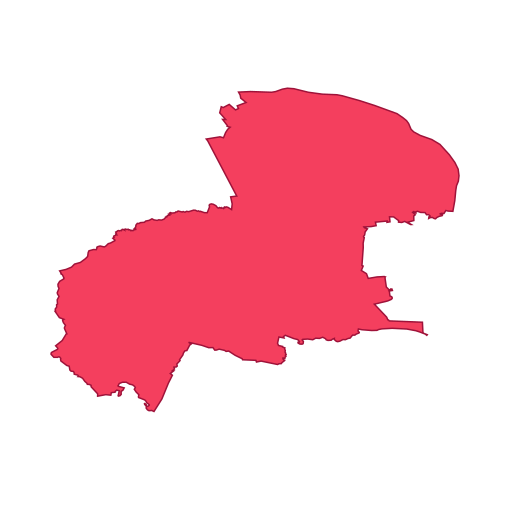 Krāslavas pag., Kraslavas, Latvia (Robinson projection), rotated 195°
{"feature_id": "27541924B24537729982131", "entity_name": "Krāslavas pag.", "entity_type": "district", "adm_level": 2, "iso_a3": "LVA", "parent_name": "Latvia", "parent_adm1": "Kraslavas", "projection": "robinson", "projection_center": [27.246, 55.909], "detail": "fine", "context": "isolated", "style": "filled", "palette": "rose", "viewbox_px": 512, "rotation_deg": 195, "n_neighbors": 0, "source": "geoboundaries", "source_scale": "gbopen_adm2", "svg_char_len": 6056}
<svg xmlns="http://www.w3.org/2000/svg" viewBox="0 0 512 512"><g transform="rotate(195 256 256)"><path d="M411.9,220.8L414.6,220.2L418.7,217.8L419.0,216.0L418.5,212.0L420.1,209.2L424.0,204.3L429.2,201.2L431.3,197.5L436.0,193.9L441.8,190.8L439.6,188.8L439.8,188.3L438.2,187.8L435.8,185.1L436.0,184.8L435.7,184.2L439.1,180.7L440.0,177.5L439.3,175.4L437.9,173.7L438.5,169.0L437.8,167.8L435.8,166.0L436.7,162.2L435.3,158.2L436.0,157.3L435.3,155.1L436.2,152.8L435.2,150.5L435.6,150.4L430.0,145.6L425.2,145.1L426.1,144.2L426.1,143.6L424.7,141.7L422.1,139.7L422.5,137.2L422.3,136.5L418.6,131.9L419.1,131.7L421.3,124.2L426.3,117.4L423.9,115.9L423.4,115.1L423.7,114.4L428.4,110.1L428.8,109.2L428.5,108.0L425.0,105.8L421.6,106.7L420.4,107.6L419.5,107.6L418.1,106.6L418.0,105.5L417.3,104.1L410.5,101.3L407.9,101.2L406.3,97.7L404.9,96.9L402.4,97.2L401.5,96.3L401.0,94.8L397.3,94.8L396.4,94.1L396.7,93.5L394.7,93.8L391.8,93.0L388.9,90.6L386.5,89.4L385.7,88.4L383.8,88.8L381.8,88.4L381.4,87.0L373.3,81.9L372.7,79.6L365.2,83.2L360.2,84.0L360.4,86.6L357.0,87.9L356.7,88.3L356.9,88.8L355.8,90.4L353.2,90.5L353.0,85.3L352.5,85.1L351.2,85.9L350.4,87.4L351.2,90.3L349.7,92.1L349.2,94.5L354.9,94.5L355.7,94.8L355.1,97.3L354.6,97.8L352.3,99.5L348.7,100.5L344.9,99.5L341.9,99.6L339.5,98.6L338.5,97.6L339.1,95.8L336.6,93.6L333.3,91.7L333.1,89.4L332.7,88.9L326.3,88.2L324.6,87.2L323.6,86.0L320.8,84.8L320.5,84.5L320.7,83.9L321.8,82.6L322.9,82.8L323.6,84.0L325.2,84.8L325.5,84.5L325.1,83.8L323.1,82.5L322.7,80.6L321.0,79.3L319.3,78.9L316.7,79.8L314.3,79.4L309.9,93.5L307.7,110.6L305.9,119.2L308.4,120.3L305.8,123.7L307.0,123.6L305.5,125.8L306.5,127.4L304.3,128.2L303.6,129.3L304.5,131.2L302.3,135.3L303.0,136.0L301.0,141.5L301.0,143.3L300.5,145.0L300.1,146.0L298.3,146.8L297.0,152.7L295.9,154.1L298.8,155.2L285.2,155.7L277.9,155.2L273.9,156.4L271.5,154.4L269.9,154.9L267.5,156.5L261.9,156.7L260.2,156.1L257.8,157.1L250.5,154.7L242.8,153.2L242.1,152.3L229.1,155.2L228.1,153.7L223.9,155.8L207.0,156.8L206.1,157.8L203.7,158.6L203.3,159.8L201.3,162.4L203.0,163.2L203.6,164.2L203.5,164.6L201.6,164.4L201.7,165.8L201.1,166.9L201.5,167.3L202.3,167.2L201.6,167.7L201.4,168.7L202.1,169.0L202.2,169.9L203.1,170.7L203.2,172.2L204.4,173.9L204.3,174.7L206.9,175.0L207.3,175.2L207.2,175.5L211.1,175.4L212.6,177.3L212.9,183.7L207.7,184.1L208.6,185.2L207.2,187.0L197.9,186.0L194.1,186.1L191.8,184.5L192.0,183.9L193.1,183.5L192.8,182.8L190.9,182.3L189.3,182.6L188.1,183.1L187.8,183.9L188.1,185.7L189.7,186.9L189.3,187.6L184.5,189.2L179.5,189.8L177.0,192.1L173.4,192.8L170.5,194.8L167.4,194.1L166.5,193.2L164.6,193.1L161.6,194.1L160.6,195.5L159.0,196.7L158.8,195.6L156.4,194.4L154.9,194.4L153.0,195.4L150.4,197.8L148.0,198.3L145.8,200.1L143.8,201.1L142.3,204.5L140.0,205.2L139.1,206.4L137.0,208.0L136.4,208.6L136.5,209.0L138.1,210.0L138.2,212.0L134.6,212.2L124.9,214.0L119.9,215.5L118.4,216.8L115.5,218.2L105.8,221.4L91.4,224.5L82.3,225.2L78.3,225.0L72.4,224.4L70.5,223.6L70.2,224.3L74.0,224.7L75.0,225.4L78.1,235.1L110.5,227.8L111.4,228.5L112.2,228.5L113.9,230.7L129.2,240.1L117.1,246.7L114.2,249.0L113.5,250.1L113.6,250.9L114.4,251.8L116.3,252.1L118.0,256.3L118.4,256.6L115.3,258.0L116.2,259.3L117.2,259.0L116.9,258.5L118.7,257.8L122.1,259.8L125.5,267.7L125.9,269.0L125.7,269.3L126.7,269.4L133.7,267.1L141.8,263.4L144.7,267.5L150.5,269.3L149.9,274.0L151.2,274.2L154.6,291.9L155.8,296.1L156.2,301.8L156.9,302.1L157.2,302.8L156.5,304.4L156.8,307.5L155.4,311.1L158.6,311.4L159.3,312.0L152.4,314.2L147.8,316.4L149.4,319.6L138.4,323.7L138.2,322.4L135.4,323.7L137.2,328.4L133.2,329.4L127.4,327.1L127.1,325.6L123.9,326.1L121.3,327.9L114.8,326.4L114.2,326.6L118.4,327.8L112.7,331.1L114.0,335.5L113.0,336.7L113.0,337.2L116.0,338.7L115.1,339.8L112.7,338.9L113.0,340.1L111.5,341.0L108.3,340.7L104.0,341.7L101.9,340.0L100.2,340.6L98.5,340.0L98.2,339.5L99.1,338.6L98.9,337.0L97.9,338.0L95.7,338.9L93.5,338.3L92.2,338.4L91.3,340.0L89.2,341.8L86.7,343.1L86.4,344.1L86.9,344.4L88.7,344.1L89.0,344.4L88.2,345.1L85.4,345.8L84.4,349.1L82.2,349.1L77.4,350.1L78.3,360.9L80.0,371.0L80.5,375.8L79.9,380.6L80.7,386.1L83.2,392.2L88.1,397.8L95.4,403.8L107.2,411.4L116.3,414.0L128.8,415.0L135.8,416.7L139.0,418.5L142.9,423.5L145.6,425.7L149.6,427.5L156.6,430.0L180.4,432.1L196.3,432.9L214.1,433.1L219.6,432.7L233.8,429.5L247.9,427.7L262.7,427.4L269.1,426.2L273.7,424.0L279.6,419.9L283.3,418.2L303.9,413.4L315.3,409.8L313.0,407.4L311.6,404.5L305.3,401.7L313.0,396.2L311.1,393.9L313.6,391.8L321.1,395.5L326.1,390.9L328.2,391.2L328.1,384.9L320.6,380.0L323.6,379.3L317.5,374.6L317.5,373.8L314.3,373.7L316.1,371.1L317.3,367.4L318.0,361.8L321.6,361.8L334.3,356.1L332.5,354.8L290.1,308.9L295.8,306.6L292.5,300.2L291.6,294.5L295.6,295.7L297.2,295.8L298.4,294.8L298.7,295.3L299.2,295.2L299.6,293.5L300.4,293.8L301.6,293.3L302.1,293.7L302.4,293.2L303.8,293.4L304.4,292.6L305.7,292.7L307.7,294.2L310.6,294.9L312.5,294.8L313.8,294.1L314.4,293.0L313.6,291.3L314.3,285.2L317.2,284.5L321.3,284.8L321.7,284.4L323.3,284.7L324.2,284.1L326.5,284.5L328.2,284.1L332.5,281.4L334.6,281.2L336.0,279.9L337.9,280.1L338.6,279.4L342.9,279.3L343.8,278.1L344.9,277.8L345.1,277.2L345.9,276.6L348.4,275.7L350.0,275.8L350.6,275.0L349.5,274.4L351.1,273.7L350.1,273.1L351.9,272.1L352.2,271.2L352.6,271.1L352.4,270.6L353.4,270.2L353.3,269.9L354.3,267.9L356.6,266.2L359.3,265.8L360.7,264.8L363.9,264.5L366.1,265.0L368.4,262.8L371.6,261.2L372.5,259.7L376.4,258.3L377.3,257.2L379.1,256.8L380.0,254.7L379.7,253.1L380.1,252.1L379.7,251.8L380.3,251.1L379.5,251.2L379.3,250.7L380.5,250.7L380.5,250.2L379.8,250.1L381.1,249.3L381.4,248.6L382.9,248.6L383.3,248.0L384.7,248.7L385.8,248.3L386.4,248.8L387.5,248.2L389.3,248.2L389.4,247.7L390.3,247.4L389.9,247.0L391.6,247.3L392.3,246.9L392.5,245.7L393.5,245.6L394.3,244.9L395.5,245.0L396.4,244.3L396.4,243.9L397.7,242.8L396.5,241.3L397.0,241.0L396.2,240.4L397.0,240.3L397.0,239.7L398.5,238.5L398.5,237.7L397.9,237.2L398.9,236.1L396.4,234.9L396.3,234.3L400.0,230.8L401.9,229.7L403.8,226.5L404.9,225.5L409.2,225.3L411.1,224.2L412.0,223.3L411.7,222.3L411.9,220.8Z" fill="#f43f5e" stroke="#9f1239" stroke-width="1.5"/></g></svg>